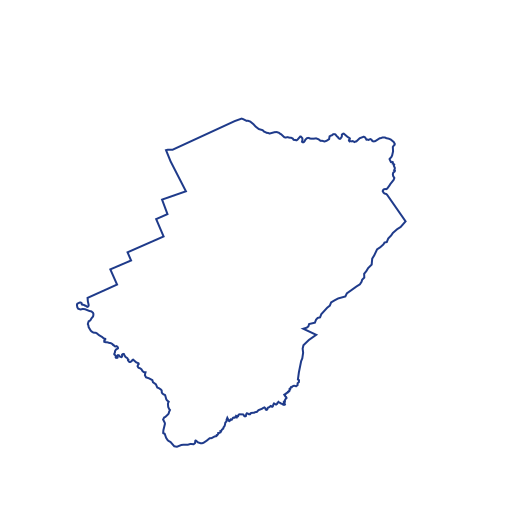 outline of La Cocha, Tucumán, Argentina, rotated 235°
{"feature_id": "61730980B81092064808968", "entity_name": "La Cocha", "entity_type": "district", "adm_level": 2, "iso_a3": "ARG", "parent_name": "Argentina", "parent_adm1": "Tucumán", "projection": "orthographic", "projection_center": [-65.63, -27.811], "detail": "fine", "context": "isolated", "style": "outline", "palette": "blue", "viewbox_px": 512, "rotation_deg": 235, "n_neighbors": 0, "source": "geoboundaries", "source_scale": "gbopen_adm2", "svg_char_len": 6018}
<svg xmlns="http://www.w3.org/2000/svg" viewBox="0 0 512 512"><g transform="rotate(235 256 256)"><path d="M300.8,88.8L299.9,87.8L299.3,85.5L298.4,83.6L298.3,83.0L298.5,81.5L297.1,79.6L296.5,79.1L295.3,78.9L293.7,78.1L289.5,77.8L287.4,78.4L286.3,79.1L285.0,80.7L284.1,81.2L281.2,82.0L277.9,83.5L275.9,84.0L274.6,85.0L273.9,84.5L273.9,83.5L273.6,83.0L272.7,82.5L271.5,83.5L270.4,84.9L269.0,85.9L268.0,87.0L266.4,87.8L265.1,87.9L264.9,88.3L264.0,88.3L262.9,88.6L262.5,89.0L262.2,90.0L261.3,90.4L260.3,90.4L259.5,89.9L259.7,87.6L258.9,85.9L258.0,85.2L257.0,83.6L256.5,83.5L255.0,83.9L254.5,83.8L253.5,82.9L252.9,82.9L252.2,83.8L252.2,84.4L253.7,85.2L254.0,86.0L253.4,86.7L251.5,86.9L250.3,87.8L250.5,88.7L252.0,89.7L252.1,90.5L251.8,91.3L251.3,91.6L250.5,91.3L248.0,91.2L246.7,91.8L245.8,92.0L244.6,91.7L244.3,91.9L243.9,91.3L242.1,91.4L241.6,91.7L241.2,92.5L241.4,94.9L241.7,95.2L241.6,95.9L237.5,96.9L235.6,98.2L234.8,98.0L234.4,96.8L233.7,95.8L232.3,95.6L231.6,95.8L230.2,96.8L228.7,97.2L227.2,97.0L225.3,97.4L224.1,98.8L223.1,97.6L222.0,96.6L219.7,96.3L217.3,98.1L213.8,99.9L211.7,99.2L208.3,100.4L204.9,99.7L203.3,100.7L201.2,101.5L200.0,101.6L198.1,100.5L197.0,100.5L195.6,100.9L194.5,101.7L194.0,101.7L190.0,100.3L188.8,100.3L186.7,100.9L186.1,99.8L185.3,99.0L182.7,97.5L180.5,97.1L179.2,97.2L178.2,95.4L177.3,94.4L176.8,93.5L176.2,89.5L176.4,88.1L175.3,86.1L171.7,85.6L170.7,85.1L166.5,80.3L164.2,78.4L163.7,78.5L163.0,79.2L162.5,79.2L158.7,78.1L156.1,78.0L154.9,78.2L152.6,79.3L147.0,79.9L145.1,81.8L144.0,86.5L142.9,88.5L140.5,91.9L139.6,94.6L137.6,96.9L137.7,98.7L139.5,100.4L139.5,100.7L139.0,101.0L136.7,101.5L134.2,103.4L133.6,104.3L133.1,105.8L133.0,109.7L133.3,113.5L132.3,115.1L131.9,118.6L131.2,120.1L131.8,121.0L131.4,121.4L132.0,123.1L132.6,123.5L132.2,124.0L132.3,124.4L131.9,125.7L132.1,126.1L132.9,126.5L132.5,127.0L133.3,128.4L133.4,130.2L134.2,131.0L134.7,132.6L135.6,133.8L137.1,135.3L137.5,137.1L138.7,137.9L139.9,139.7L136.5,139.2L136.1,139.4L136.6,141.2L136.1,141.2L136.2,141.9L135.8,142.3L136.6,144.2L136.6,144.8L136.0,145.3L136.1,145.7L135.8,146.4L136.0,146.8L135.2,147.0L134.9,147.4L136.2,148.2L135.6,148.6L135.5,149.2L135.0,149.2L135.0,149.4L135.9,150.6L135.9,151.5L133.7,154.5L133.2,154.7L131.5,154.6L130.9,155.0L130.7,155.9L132.0,157.2L132.4,158.3L131.7,158.9L130.7,159.2L129.8,160.2L129.8,160.6L130.2,160.9L130.3,161.4L130.1,162.2L128.6,164.8L128.6,165.7L127.8,167.2L128.3,169.6L127.4,173.4L127.4,174.8L127.1,176.1L125.8,176.3L124.7,175.9L124.0,176.2L123.8,176.7L123.9,177.3L124.7,178.3L124.9,179.1L124.5,180.3L124.8,182.0L124.5,182.3L123.6,182.4L123.1,183.0L123.5,184.1L124.4,185.0L124.9,186.2L122.8,187.2L122.8,188.5L123.5,189.6L123.4,190.1L123.6,190.7L122.9,190.8L121.7,191.6L120.9,191.8L119.7,192.7L119.3,192.7L118.8,192.9L118.0,193.5L117.7,194.3L117.9,194.7L119.8,194.7L120.5,195.0L120.7,195.7L120.2,196.2L121.2,196.8L122.0,198.5L122.2,199.6L123.3,199.8L123.9,199.5L126.2,199.6L126.2,200.0L125.6,200.4L126.1,201.2L126.0,201.5L126.2,201.9L126.2,203.1L125.9,203.4L126.1,204.2L126.4,204.4L126.1,205.0L126.2,205.8L126.9,206.1L127.0,207.3L127.9,207.4L128.0,208.5L128.5,209.5L128.0,209.9L128.3,211.0L128.0,212.5L127.6,213.1L126.3,214.1L126.4,216.0L127.9,217.1L128.1,218.8L129.6,220.0L130.8,219.5L136.2,224.5L144.0,232.7L145.6,235.2L149.7,239.1L153.4,241.1L155.7,243.7L156.9,251.3L156.9,260.1L169.3,253.0L168.2,256.4L168.3,258.5L169.8,260.5L167.6,266.0L169.4,268.7L169.9,271.0L169.0,273.3L170.9,276.1L172.8,284.7L173.0,288.0L174.9,290.9L174.6,295.0L174.1,299.0L171.6,306.0L173.3,309.0L173.4,321.0L173.2,324.8L174.3,327.6L175.7,329.4L176.2,332.3L179.4,334.4L180.3,337.6L181.8,341.0L182.6,345.8L187.2,349.7L188.7,353.2L192.0,359.0L191.9,362.9L192.4,367.0L193.3,369.0L192.4,371.1L194.5,374.4L195.3,378.5L196.4,381.4L197.0,387.1L196.8,391.1L198.6,398.4L230.9,398.5L232.0,398.3L233.5,397.1L234.7,396.8L236.5,397.0L237.2,398.2L237.3,398.8L236.8,400.2L236.0,401.1L236.0,402.2L237.3,406.0L237.9,407.3L239.4,412.4L240.6,414.1L242.8,414.2L244.5,415.0L245.6,416.3L245.7,418.1L246.2,418.7L247.1,418.4L247.4,419.2L248.4,420.2L251.0,420.7L251.7,421.7L252.9,421.3L253.2,421.0L254.3,421.9L254.7,421.8L254.9,421.2L255.5,420.4L258.6,420.9L258.9,421.1L259.4,423.6L260.3,425.2L263.1,428.3L266.8,430.6L267.5,432.3L267.6,433.4L268.3,434.0L270.4,434.2L274.1,433.2L276.0,432.0L277.9,430.2L278.7,429.9L279.4,429.2L280.5,427.7L281.0,425.7L281.5,424.9L281.7,419.6L282.3,418.2L283.3,417.3L285.1,417.3L286.2,416.7L286.6,414.6L287.4,414.2L287.9,413.2L290.5,413.4L291.9,412.7L293.0,408.5L292.3,403.9L292.7,403.3L292.8,402.1L294.7,401.1L294.9,400.3L296.2,398.9L296.2,398.4L297.1,398.3L297.6,398.5L298.0,399.9L298.4,400.3L298.8,400.3L301.1,399.3L305.8,398.1L306.2,397.7L306.2,396.0L304.8,395.0L304.3,394.2L303.7,392.4L303.8,391.9L305.0,391.2L306.4,391.3L307.6,390.9L309.9,390.8L310.4,390.6L311.5,389.1L311.3,387.6L311.7,386.2L311.8,384.9L309.8,382.9L309.9,379.9L310.5,377.8L312.3,376.4L313.4,374.9L315.7,374.2L317.9,372.7L319.0,370.6L320.5,368.5L321.1,367.7L322.4,367.0L322.9,366.3L323.3,365.2L322.9,363.0L322.3,362.0L321.9,360.7L321.9,360.2L322.2,359.6L323.2,359.2L324.5,360.7L325.9,361.5L328.0,361.3L328.5,360.8L327.5,356.7L327.5,355.6L327.8,355.2L328.4,354.9L329.4,353.6L329.9,353.4L331.1,353.5L332.6,352.7L333.9,351.1L335.2,350.1L336.1,348.1L337.1,347.3L341.4,346.4L341.9,346.0L343.7,345.5L345.6,344.1L346.7,342.4L348.5,337.4L350.1,336.3L350.5,335.6L353.6,333.8L354.5,333.8L355.4,333.5L358.4,331.1L362.3,329.9L365.5,329.5L369.4,328.4L371.5,326.9L372.1,325.8L375.6,323.9L376.8,323.0L378.7,316.0L390.9,248.6L393.7,244.6L394.3,243.0L382.5,240.3L349.2,235.7L356.1,211.4L341.1,207.5L343.5,195.4L325.0,191.5L332.7,152.9L324.0,151.1L328.6,129.0L312.3,125.8L318.3,94.0L315.4,92.3L311.8,90.8L311.1,90.0L310.9,88.9L311.3,88.5L313.1,87.9L313.3,87.5L314.2,87.2L315.6,86.1L315.8,85.7L316.5,85.6L317.4,86.1L318.5,85.7L319.0,84.9L319.4,82.3L319.1,81.7L318.4,81.1L316.4,80.2L314.8,80.1L312.8,81.6L312.0,83.7L310.5,85.4L306.5,88.0L305.0,89.4L303.0,89.9L301.8,89.6L300.8,88.8Z" fill="none" stroke="#1e3a8a" stroke-width="2"/></g></svg>